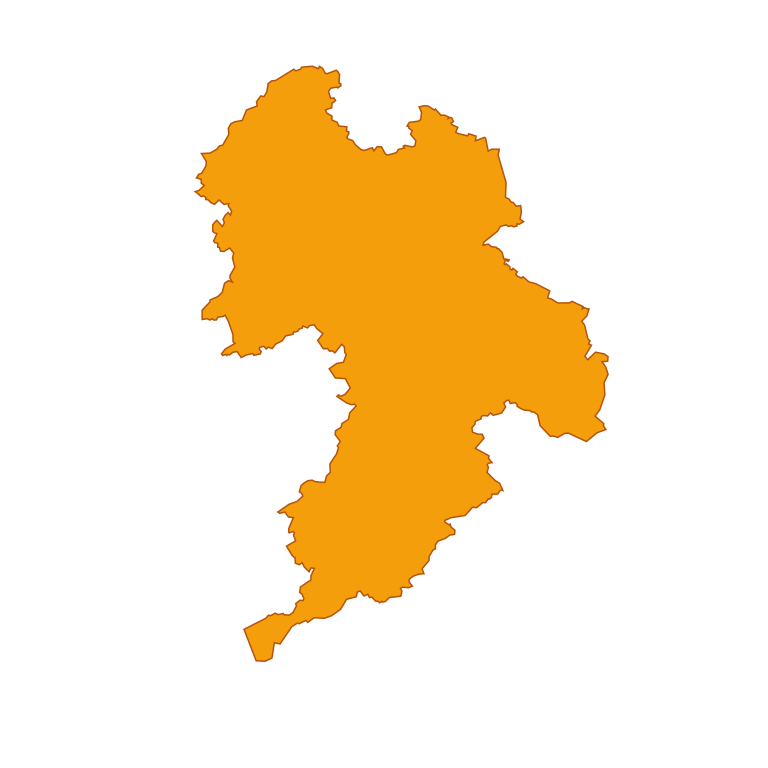 the district of Kells Lea-7, Meath, Ireland, rotated 282°
{"feature_id": "5873133B57214711560854", "entity_name": "Kells Lea-7", "entity_type": "district", "adm_level": 2, "iso_a3": "IRL", "parent_name": "Ireland", "parent_adm1": "Meath", "projection": "mercator", "projection_center": [-6.928, 53.748], "detail": "fine", "context": "isolated", "style": "filled", "palette": "amber", "viewbox_px": 768, "rotation_deg": 282, "n_neighbors": 0, "source": "geoboundaries", "source_scale": "gbopen_adm2", "svg_char_len": 6168}
<svg xmlns="http://www.w3.org/2000/svg" viewBox="0 0 768 768"><g transform="rotate(282 384 384)"><path d="M369.8,593.9L380.8,602.8L385.6,610.5L388.5,607.5L391.0,607.1L396.4,597.2L403.6,600.4L419.2,602.3L430.9,599.0L440.0,601.2L446.5,597.5L451.2,592.7L452.7,598.0L457.3,597.5L459.2,593.2L459.1,584.3L450.1,578.2L452.9,574.7L465.1,578.9L465.6,575.8L469.2,576.5L470.3,574.2L483.4,567.9L486.5,564.4L492.9,568.3L500.7,569.0L499.7,568.6L500.3,563.9L498.9,562.4L501.1,562.6L503.9,550.7L501.9,548.6L499.4,537.0L501.9,530.3L502.2,526.1L509.5,526.8L513.7,511.4L514.0,504.6L517.8,497.6L516.2,496.2L517.2,491.9L519.0,490.0L521.4,491.1L524.0,486.1L522.2,485.4L522.3,483.5L525.1,482.5L527.0,478.5L526.0,477.7L526.5,476.5L530.1,476.9L530.0,480.3L531.6,480.5L531.4,475.1L537.1,472.3L540.1,468.1L540.0,466.3L541.1,465.8L540.7,460.2L542.6,457.1L540.4,451.9L543.8,452.4L557.1,463.3L562.4,465.1L565.0,470.5L564.0,472.7L565.3,475.9L564.7,477.9L566.2,481.2L568.4,480.9L568.4,483.1L571.8,486.8L573.6,482.7L580.6,482.7L586.9,480.6L585.4,476.2L588.5,472.5L588.2,470.7L590.8,467.9L591.9,464.0L606.4,461.5L631.7,448.0L637.6,448.0L636.1,440.6L633.5,437.5L645.7,432.2L646.1,430.9L640.9,422.9L645.6,422.5L646.4,414.9L644.1,414.2L644.4,404.3L645.2,401.8L650.4,402.8L651.7,396.8L653.0,395.3L655.2,397.4L658.2,395.1L658.6,393.8L657.3,391.7L658.4,392.2L659.6,387.3L658.7,383.8L663.6,377.2L662.4,376.5L665.1,369.2L664.6,365.5L662.4,360.7L657.7,364.2L650.4,364.9L648.5,363.5L645.1,354.3L641.1,352.9L640.9,354.8L639.4,355.1L637.6,359.0L633.8,358.0L628.5,364.6L623.3,364.7L621.8,362.5L621.8,354.8L620.7,353.4L619.2,355.0L616.4,349.2L612.9,348.1L608.8,340.2L608.7,338.7L610.4,336.5L615.4,332.3L614.8,328.0L609.9,325.6L612.7,323.5L608.4,316.3L608.4,312.9L612.1,306.2L615.6,302.7L616.2,298.0L617.6,296.2L621.7,297.6L623.4,297.0L623.5,294.7L627.8,294.2L627.0,286.0L630.2,283.9L631.5,277.9L635.2,277.5L637.1,271.8L640.0,269.8L643.3,275.4L647.7,274.8L651.2,277.7L653.4,275.6L652.4,272.3L658.7,268.9L662.3,270.5L664.5,276.1L664.0,277.3L666.9,279.8L668.7,279.3L669.0,277.5L677.7,276.1L680.1,273.6L681.0,272.1L675.7,263.8L675.8,262.0L679.9,258.3L681.3,254.9L678.7,254.1L680.0,248.0L676.7,237.5L674.7,237.0L672.0,232.7L673.1,230.3L658.3,214.8L657.3,211.3L653.8,208.2L645.5,208.7L640.2,206.9L640.1,203.5L633.5,200.6L629.6,202.2L623.4,192.5L612.4,190.6L609.4,183.4L606.6,180.0L601.7,178.6L595.8,180.3L584.0,176.5L582.9,173.8L578.7,171.4L573.7,165.9L571.5,157.5L564.7,163.9L560.3,164.5L552.2,161.8L550.6,159.2L546.6,157.7L546.2,162.6L542.4,163.5L540.9,166.9L534.8,162.7L533.0,159.3L529.3,166.3L530.5,168.5L529.1,171.2L527.4,171.2L527.6,173.5L525.3,177.1L524.6,181.0L529.7,184.4L526.4,190.2L528.2,194.7L525.8,194.7L521.5,199.0L517.2,198.7L519.3,195.8L516.1,193.6L511.7,192.3L508.5,194.3L504.5,193.2L509.3,186.4L507.8,185.3L504.2,183.4L497.9,184.7L496.7,186.2L496.4,189.3L488.5,187.6L487.2,188.9L487.1,192.1L483.3,192.9L483.3,194.6L479.9,196.5L480.4,199.9L484.9,204.7L480.9,209.7L475.6,209.6L467.4,213.8L458.2,210.8L455.3,211.4L452.2,214.4L452.8,210.4L449.5,207.1L440.1,206.7L435.1,203.4L430.0,196.4L428.1,196.7L418.4,190.8L409.3,192.7L411.1,197.5L410.4,200.4L412.1,202.4L411.2,204.1L411.7,206.6L414.9,207.8L416.7,212.9L418.3,214.3L413.0,218.7L400.9,226.0L394.1,227.5L392.8,229.9L385.2,221.5L379.6,218.7L378.4,220.3L379.9,222.7L379.3,224.3L380.3,224.6L380.4,227.0L383.6,229.6L385.2,233.5L380.2,238.8L383.9,243.5L386.5,249.4L385.0,250.8L387.7,256.7L390.2,257.2L392.0,254.8L393.9,254.7L395.9,258.6L393.7,261.5L396.0,263.2L395.4,267.3L400.4,269.6L404.9,275.3L410.6,277.8L413.7,284.7L415.9,284.7L417.6,288.6L420.5,290.0L421.5,292.3L423.8,292.5L423.0,297.6L425.7,299.0L427.4,303.3L424.0,307.0L420.6,313.8L412.9,310.1L405.8,317.3L406.9,321.4L404.7,324.1L405.8,326.3L404.3,329.5L414.0,334.3L412.4,337.3L406.4,339.2L405.3,341.0L396.8,339.8L394.3,333.5L387.5,327.2L379.8,335.2L381.2,345.1L373.1,351.8L365.8,348.1L362.9,344.1L364.0,341.9L362.0,340.5L357.7,351.5L357.0,356.4L358.1,359.6L356.7,361.3L348.5,356.4L341.9,356.6L336.6,351.1L332.6,351.0L328.2,346.3L324.4,346.7L318.7,353.1L313.7,351.2L312.3,352.7L305.7,352.1L294.5,347.7L286.4,349.8L282.1,346.9L275.4,346.6L274.1,337.2L275.0,333.6L273.5,329.5L270.9,326.7L267.4,324.0L260.9,323.6L260.0,326.2L257.4,327.9L251.0,323.3L246.7,316.2L236.7,306.8L235.8,308.8L238.2,313.7L234.0,318.2L234.5,323.1L222.9,320.9L219.1,321.6L218.7,322.4L220.7,325.3L220.1,327.3L217.3,326.9L212.2,330.2L205.1,322.3L196.9,330.1L195.5,333.1L190.3,334.5L189.6,338.6L192.1,341.1L188.4,344.1L184.8,349.7L188.9,350.8L189.1,354.2L181.1,352.4L177.3,353.3L168.1,344.5L162.6,344.8L161.8,347.0L157.7,350.2L155.3,349.9L155.1,346.8L150.8,343.3L148.8,344.5L141.8,342.6L138.3,339.6L137.4,334.3L138.6,333.1L136.4,328.5L137.2,325.2L133.7,321.1L133.9,319.1L130.3,317.1L114.9,298.1L86.7,316.5L88.1,325.3L92.7,331.4L108.0,330.5L108.2,336.4L127.5,344.3L132.1,349.0L131.8,350.7L136.5,356.7L135.0,359.0L140.8,364.2L142.5,374.6L146.6,381.1L154.6,388.4L165.6,392.1L170.1,401.1L175.0,401.3L176.6,403.7L172.5,408.5L174.9,411.9L172.1,414.2L173.0,416.5L169.8,421.1L170.2,423.5L169.1,425.2L170.9,427.1L170.3,427.6L171.4,430.4L176.3,433.7L179.9,444.5L184.9,444.7L187.4,442.5L189.1,444.2L189.8,450.3L192.2,453.8L195.6,449.7L198.2,449.2L202.1,452.5L205.2,457.4L206.7,462.5L211.2,459.7L220.7,464.7L224.7,464.0L231.7,466.4L233.5,468.6L237.3,467.7L241.6,469.5L245.6,475.9L249.9,479.8L251.6,484.3L255.6,483.8L258.2,479.1L260.7,477.8L259.7,477.2L261.5,472.4L263.2,471.8L267.2,477.4L272.2,490.6L281.8,496.2L282.4,500.5L288.4,505.1L289.1,508.1L293.4,509.8L293.3,511.2L295.5,512.7L298.7,512.5L300.0,518.1L303.5,519.5L304.9,521.2L304.6,522.4L311.0,517.6L312.7,512.8L318.9,503.2L324.2,503.5L326.4,501.7L328.3,502.7L329.5,506.0L333.0,501.7L335.6,501.6L340.0,486.7L351.8,493.1L355.3,490.4L354.4,486.3L355.3,480.6L359.6,479.1L363.5,481.3L366.4,481.0L370.1,486.2L372.5,486.0L373.7,487.4L374.3,492.0L377.9,494.1L376.1,497.4L380.0,505.0L386.8,507.7L390.3,505.2L393.4,507.5L394.2,509.7L391.2,511.4L393.0,516.3L391.5,518.7L389.9,518.7L388.2,523.6L387.6,526.9L388.4,532.0L387.3,534.1L387.9,535.9L385.9,540.6L375.7,545.4L367.4,557.5L368.3,560.1L367.9,565.1L373.1,570.8L374.3,574.5L369.8,593.9Z" fill="#f59e0b" stroke="#b45309" stroke-width="1.5"/></g></svg>